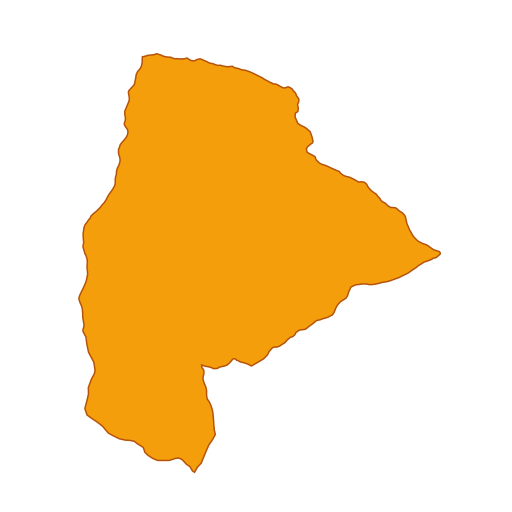 the district of Doga, Paro, Bhutan, rotated 175°
{"feature_id": "84629894B26183421967737", "entity_name": "Doga", "entity_type": "district", "adm_level": 2, "iso_a3": "BTN", "parent_name": "Bhutan", "parent_adm1": "Paro", "projection": "orthographic", "projection_center": [89.493, 27.296], "detail": "fine", "context": "isolated", "style": "filled", "palette": "amber", "viewbox_px": 512, "rotation_deg": 175, "n_neighbors": 0, "source": "geoboundaries", "source_scale": "gbopen_adm2", "svg_char_len": 6104}
<svg xmlns="http://www.w3.org/2000/svg" viewBox="0 0 512 512"><g transform="rotate(175 256 256)"><path d="M434.7,198.1L434.9,195.8L432.5,190.2L432.2,183.0L431.2,174.7L426.9,164.5L426.6,161.3L426.3,156.2L427.3,152.8L430.7,147.7L434.5,139.5L434.9,133.2L436.8,127.3L438.5,122.6L439.8,118.8L438.1,112.2L432.7,107.6L429.0,104.7L423.7,99.8L418.6,92.5L414.3,89.6L408.0,85.8L402.0,83.9L398.1,83.4L393.3,82.0L390.9,79.6L385.1,75.2L384.3,72.3L383.8,70.1L380.9,66.8L376.6,63.4L371.8,60.9L366.5,60.4L360.2,59.9L353.9,61.4L350.3,61.4L347.2,59.5L343.3,54.4L340.2,52.0L338.0,47.4L336.1,45.9L333.9,49.1L332.5,51.0L328.7,54.3L323.2,65.0L319.5,71.8L315.2,77.0L312.2,81.5L312.2,82.9L312.7,86.3L312.9,87.3L312.6,88.3L312.7,89.4L312.8,90.5L312.8,91.7L312.7,92.8L312.6,95.1L312.6,96.3L312.6,97.4L312.6,100.9L312.6,102.0L312.6,103.2L312.7,104.3L312.8,105.5L313.0,106.6L313.2,107.7L313.4,108.8L313.7,109.9L314.0,111.1L314.4,112.2L314.7,113.3L315.1,114.3L315.6,115.4L316.2,116.4L316.8,117.4L317.1,118.4L317.3,119.6L317.3,120.7L317.3,121.9L317.3,123.0L317.0,125.3L317.0,126.5L317.1,127.6L317.2,128.7L317.4,129.9L317.8,131.0L318.1,132.0L318.5,133.1L318.8,134.2L319.3,136.5L319.5,137.6L319.5,138.8L319.3,139.9L319.0,141.0L318.6,142.1L318.2,143.2L318.1,144.3L318.0,145.3L318.0,146.3L318.2,147.3L318.9,148.5L319.6,149.6L319.7,151.0L319.7,152.2L318.7,151.9L318.0,151.3L317.1,150.9L316.0,150.5L314.0,150.1L313.0,149.8L309.8,148.6L308.9,147.8L307.2,147.4L305.9,147.4L304.0,147.4L302.5,148.4L300.5,148.7L297.3,149.1L296.0,149.4L294.1,150.0L291.8,151.7L289.0,154.3L288.5,155.2L287.4,155.5L286.0,155.5L284.4,153.9L282.6,153.1L281.0,151.9L278.7,151.1L276.8,150.5L274.7,149.5L273.4,149.0L271.1,147.3L269.9,146.9L267.1,148.3L261.5,150.9L257.4,152.9L255.7,154.3L253.1,156.6L252.0,158.5L250.7,160.3L248.4,162.4L247.5,163.2L246.2,163.6L245.2,163.7L243.4,163.4L240.2,164.2L238.9,165.1L234.8,167.1L231.9,169.9L230.1,171.0L229.2,172.0L227.0,172.3L226.1,172.7L224.1,174.2L223.0,176.2L220.0,178.0L218.9,178.4L214.9,178.6L213.3,178.7L212.2,179.3L209.4,181.2L203.8,184.6L202.9,185.4L201.0,186.5L197.5,186.9L196.1,187.4L194.8,187.7L192.7,188.1L189.8,188.7L188.0,189.4L186.8,190.0L185.1,190.6L183.9,192.0L183.1,193.1L181.6,196.0L180.9,197.4L179.2,200.0L175.7,203.2L170.1,206.1L168.3,208.5L167.0,211.5L166.5,212.7L165.2,214.8L164.4,216.6L161.4,217.9L158.6,218.7L156.6,218.6L153.6,218.9L148.3,218.5L145.6,217.6L142.2,217.4L138.5,217.7L134.1,218.3L133.2,218.7L129.6,218.9L127.8,219.0L124.6,219.6L119.9,220.9L115.5,222.0L114.4,222.5L111.9,223.5L108.5,224.8L106.2,225.6L103.3,227.3L101.1,228.6L97.0,230.8L95.3,232.2L94.2,232.6L90.5,234.5L89.1,235.3L87.2,235.7L82.2,237.0L79.4,238.4L76.9,238.6L74.4,240.3L72.4,241.8L72.2,243.1L73.0,244.4L75.1,245.3L78.4,246.7L79.9,247.9L84.2,251.6L85.5,252.4L89.1,254.0L91.1,255.3L93.3,256.7L95.0,258.6L96.2,260.1L97.3,261.5L98.9,264.5L99.7,266.7L100.6,268.2L101.3,270.5L102.0,272.6L102.9,275.4L103.1,277.0L103.7,281.8L104.1,282.9L104.9,284.3L106.2,286.1L108.1,287.4L110.1,289.2L111.4,290.7L112.9,291.9L117.7,292.7L119.1,293.6L120.6,294.9L122.9,297.6L124.7,298.6L126.1,299.8L126.7,300.6L127.2,301.8L128.2,303.4L129.8,305.2L130.5,306.8L134.0,309.7L135.3,310.9L138.0,314.3L139.5,317.6L140.1,318.6L141.8,320.1L144.6,320.8L147.3,320.7L151.5,323.7L155.9,326.3L160.0,327.7L162.0,328.8L164.6,331.1L165.6,332.9L168.1,334.1L173.3,337.0L177.6,339.5L179.8,340.6L182.3,341.5L184.7,343.1L187.1,345.8L187.8,346.9L188.6,349.9L193.4,353.1L195.9,354.7L196.5,358.1L195.4,360.1L192.2,362.4L189.9,363.7L189.2,365.1L189.7,369.2L190.5,372.5L191.2,375.1L194.5,378.6L196.8,380.4L199.3,381.8L202.7,384.3L204.9,390.9L204.7,393.2L204.3,394.9L201.8,396.2L201.0,399.1L201.4,403.3L200.0,405.9L199.6,408.6L200.3,409.8L200.9,410.8L201.7,412.0L201.8,413.0L202.3,414.4L203.6,416.5L204.8,417.6L205.1,418.9L207.5,420.9L209.0,421.6L210.3,421.6L211.5,421.1L212.8,420.9L214.4,421.2L217.4,423.1L220.1,425.0L222.2,425.8L223.6,425.8L225.1,426.9L227.9,428.4L229.0,429.3L231.7,430.9L234.0,432.8L236.8,434.5L242.5,438.0L246.4,440.2L250.0,441.8L254.5,442.9L255.9,443.7L258.6,444.8L261.0,445.3L262.8,447.0L268.3,447.0L273.4,448.5L274.6,449.1L277.0,449.2L279.2,449.8L281.6,451.1L285.5,452.3L287.1,453.3L290.0,455.0L294.1,457.2L295.9,457.2L298.8,456.5L300.0,455.8L302.0,456.0L304.1,456.6L306.0,458.1L307.6,459.2L310.4,458.7L311.4,458.7L314.5,459.0L316.1,459.1L317.3,459.5L319.7,459.5L321.8,460.4L323.5,461.4L325.5,461.7L327.2,461.9L328.7,462.5L329.9,462.7L331.4,463.4L332.8,464.3L335.5,465.4L337.3,466.1L338.4,466.0L339.9,465.4L342.0,465.4L347.0,465.3L348.0,464.7L349.1,464.8L350.1,464.4L351.8,464.5L352.2,461.9L352.5,459.0L352.8,457.7L353.6,455.2L354.9,453.0L358.0,449.9L359.6,447.0L359.9,445.5L360.7,442.5L361.3,440.6L362.3,437.3L368.1,432.0L368.9,430.2L368.4,424.4L368.9,421.6L371.1,417.4L372.6,414.5L374.1,411.7L374.4,408.3L374.0,404.8L374.5,402.2L375.7,399.5L375.5,397.7L374.9,396.5L373.9,394.9L373.2,393.5L372.9,392.5L372.7,391.4L373.2,388.7L373.7,387.5L374.2,386.7L375.0,385.5L377.4,382.9L379.2,381.2L380.8,379.6L381.8,378.3L382.3,376.8L382.8,375.8L383.7,374.1L383.8,373.2L384.0,370.8L383.9,369.4L383.4,367.2L383.1,365.4L383.0,364.3L383.3,361.7L383.9,360.5L384.3,359.2L385.1,357.7L385.7,356.9L386.4,355.7L387.0,354.3L387.7,352.1L387.8,350.6L388.4,348.4L389.2,346.5L389.4,345.3L390.0,340.2L390.5,338.7L391.3,337.4L393.4,334.4L395.6,331.9L397.4,329.8L398.7,327.9L399.8,326.1L400.8,324.6L402.6,322.3L405.3,319.9L406.3,318.6L407.9,317.2L409.9,315.4L412.4,313.6L414.2,312.4L417.1,310.0L417.8,308.4L419.2,307.0L420.4,305.7L421.5,304.1L422.7,303.1L423.6,301.9L424.2,300.7L424.8,299.5L425.2,298.1L425.6,295.9L426.2,293.9L426.4,291.6L426.5,289.8L426.5,285.4L426.6,283.9L427.5,281.0L427.5,279.7L427.2,278.3L427.0,277.4L426.2,273.1L425.6,272.1L425.3,271.2L424.8,268.8L424.5,266.9L424.7,263.2L425.2,260.9L425.3,259.6L425.3,258.3L425.3,253.9L425.3,252.5L425.8,251.0L426.5,248.5L427.3,245.9L429.0,242.5L431.1,238.7L433.3,235.2L434.9,232.4L435.8,230.4L436.1,228.9L436.1,227.9L435.8,226.9L435.5,225.4L434.9,223.6L434.4,222.1L433.7,219.3L433.6,214.7L433.9,211.2L433.9,209.9L433.6,205.7L433.3,202.3L433.9,200.0L434.7,198.1Z" fill="#f59e0b" stroke="#b45309" stroke-width="1.5"/></g></svg>